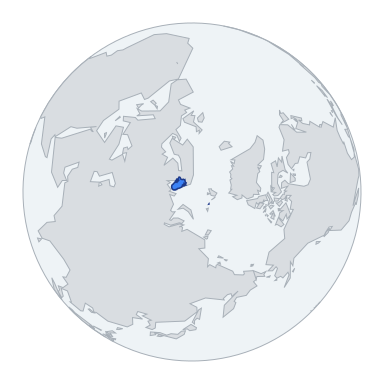 Murmansk highlighted on a globe, orthographic projection, rotated 122°
{"feature_id": "RUS-2333", "entity_name": "Murmansk", "entity_type": "Region", "adm_level": 1, "iso_a3": "RUS", "parent_name": "Russia", "parent_adm1": "", "projection": "orthographic", "projection_center": [34.347, 73.115], "detail": "fine", "context": "on_globe", "style": "filled", "palette": "blue", "viewbox_px": 384, "rotation_deg": 122, "n_neighbors": 0, "source": "natural_earth", "source_scale": "10m", "svg_char_len": 14468}
<svg xmlns="http://www.w3.org/2000/svg" viewBox="0 0 384 384"><g transform="rotate(122 192 192)"><circle cx="192" cy="192" r="169" fill="#eef3f6" stroke="#a8b0b8"/><path d="M41.1,116.0L47.9,103.9L52.3,97.7L84.3,62.8L89.6,59.1L92.6,58.2L118.3,48.2L100.2,52.8L107.4,49.0L115.9,46.0L114.5,47.5L124.7,46.0L133.2,43.6L145.3,45.4L151.7,54.8L146.9,54.8L149.0,57.2L155.1,57.4L158.6,57.0L174.1,66.7L194.1,70.5L201.1,67.4L199.0,71.6L212.9,63.1L224.2,63.2L210.9,65.8L209.2,68.1L216.7,69.4L216.5,72.1L220.0,74.3L219.2,77.5L211.5,79.0L210.8,81.1L216.1,81.9L218.6,85.7L210.9,84.2L214.4,90.8L202.2,94.8L182.3,88.7L175.0,94.2L153.1,96.9L154.6,99.6L147.2,102.5L146.2,106.8L142.4,106.2L144.8,110.1L148.5,109.9L150.7,111.5L150.5,114.1L145.6,113.7L145.0,112.4L143.5,113.6L141.2,112.4L142.1,114.5L136.3,113.8L141.6,118.2L136.5,120.9L132.8,119.5L133.9,114.7L127.8,100.1L124.3,97.4L118.3,98.4L105.7,110.3L101.6,109.6L95.5,112.1L97.4,114.7L102.9,113.7L105.0,119.3L111.4,117.5L113.1,119.6L119.5,119.9L117.7,125.1L112.7,130.2L107.3,130.3L104.9,132.6L109.4,136.9L98.9,141.6L91.0,152.5L88.3,153.2L84.3,146.4L85.8,135.0L80.6,126.7L83.2,137.6L76.5,139.4L75.1,142.1L75.0,145.3L77.2,146.8L74.8,148.6L71.3,138.4L73.4,136.6L74.5,139.8L75.2,134.5L72.8,127.9L69.6,129.5L69.4,118.4L67.1,119.4L65.8,117.7L69.4,116.7L62.9,118.3L62.1,106.6L53.1,109.9L62.8,101.6L66.8,95.9L70.8,89.3L69.3,89.6L76.7,80.8L80.0,73.9L76.3,72.9L69.9,77.3L62.3,86.7L62.2,88.6L57.9,95.6L56.1,93.2L47.8,106.4L45.8,107.7L42.7,112.9L39.7,119.2L36.2,126.9L35.5,130.2L33.5,137.6L31.7,140.1L31.9,142.7L29.9,148.5L27.0,165.6L26.7,164.8L24.0,182.7L24.0,200.6L23.9,206.5L23.7,205.8L24.3,212.0L24.4,213.0L29.5,238.1L34.4,252.8L34.6,253.3L30.6,242.1L27.5,230.7L25.2,219.0L23.7,207.2L23.1,195.4L23.3,183.5L24.3,171.7L26.1,160.0L28.8,148.4L32.2,137.1L36.5,126.0L37.6,123.6L39.4,119.7L40.3,117.6L41.1,116.0ZM219.9,25.5L220.1,25.7L217.3,25.2L219.9,25.5ZM222.0,26.2L221.5,26.1L222.3,26.3L222.0,26.2ZM223.7,26.6L222.5,26.3L223.9,26.6L223.7,26.6ZM226.0,27.1L224.7,26.8L224.9,26.9L226.0,27.1ZM51.1,110.0L41.7,126.8L44.8,118.1L44.6,119.5L47.5,115.0L52.0,107.4L55.3,100.2L51.1,110.0ZM229.4,28.0L230.3,28.3L229.1,28.0L229.4,28.0ZM52.1,115.5L53.5,112.7L52.4,115.3L52.1,115.5ZM160.2,56.4L155.3,57.1L149.8,56.0L154.0,55.0L160.2,56.4ZM170.6,59.2L168.2,60.3L166.1,57.2L168.1,57.6L170.6,59.2ZM206.2,64.7L202.2,64.5L206.2,63.8L206.2,64.7ZM220.7,74.1L221.9,73.3L223.2,74.8L220.7,74.1ZM120.0,117.0L119.7,118.4L118.7,117.6L120.0,117.0ZM123.0,115.8L122.0,113.8L123.2,113.0L123.8,114.2L123.0,115.8ZM223.1,81.1L224.8,83.8L221.7,81.3L223.1,81.1ZM123.9,118.4L125.6,111.8L127.9,110.4L132.0,113.8L123.9,118.4ZM225.0,85.6L229.3,92.2L232.3,91.1L226.2,98.3L224.6,90.1L220.2,87.2L223.8,87.4L225.0,85.6ZM149.7,108.7L145.8,109.1L149.3,106.4L149.7,108.7ZM151.4,106.6L158.9,96.3L164.5,97.1L160.9,100.3L168.4,99.6L167.4,105.0L163.1,106.6L159.6,105.0L161.9,108.3L151.4,106.6ZM222.2,101.3L222.1,103.2L220.7,101.5L222.2,101.3ZM151.9,112.0L152.9,109.8L157.9,110.3L156.7,114.8L155.5,113.2L151.9,112.0ZM170.8,96.8L174.3,98.0L174.4,102.7L175.8,103.8L167.9,105.2L170.8,96.8ZM154.2,114.4L156.0,117.1L153.5,119.2L151.3,114.2L154.2,114.4ZM159.6,108.6L161.9,109.0L160.3,110.2L159.6,108.6ZM145.3,128.3L146.4,125.6L149.1,125.6L145.3,128.3ZM156.9,117.9L157.8,117.2L158.9,116.9L159.5,119.1L156.9,117.9ZM168.5,108.4L167.9,110.2L171.8,108.1L172.1,111.6L166.7,111.9L169.2,113.3L169.3,114.4L164.8,113.4L168.5,108.4ZM163.7,120.5L157.0,122.3L154.4,127.3L151.9,127.4L156.6,119.3L163.7,120.5ZM164.7,116.4L163.5,119.0L161.1,117.8L160.4,115.3L164.7,116.4ZM174.2,113.9L175.2,108.5L176.3,108.6L174.2,113.9ZM163.4,122.2L165.0,121.8L163.5,122.7L163.4,122.2ZM171.4,116.7L171.6,114.8L172.9,115.0L171.4,116.7ZM168.1,122.6L166.0,123.1L165.4,121.4L168.1,122.6ZM170.0,120.1L171.8,120.8L166.5,120.5L169.9,119.2L170.0,120.1ZM172.6,117.2L173.5,116.7L172.4,118.0L172.6,117.2ZM171.4,128.8L165.0,128.7L163.8,124.9L170.2,125.5L171.4,128.8ZM130.3,349.3L133.6,350.1L131.8,348.5L119.1,338.8L121.9,336.2L118.6,332.9L111.7,330.1L108.0,325.8L103.9,323.5L78.6,307.5L71.2,297.5L63.3,275.8L68.1,274.5L69.6,267.5L103.4,263.4L109.8,270.0L135.6,278.9L138.7,281.3L134.9,287.5L153.6,302.0L160.5,297.8L178.3,305.0L190.6,305.4L196.3,292.4L176.2,291.5L173.4,284.4L190.2,279.3L207.9,279.5L207.4,276.8L196.8,270.9L201.5,265.3L193.3,268.3L196.1,271.3L191.0,273.3L188.1,270.7L189.9,268.8L184.7,267.3L177.5,277.0L179.7,281.1L165.8,281.1L168.1,288.0L164.1,290.2L158.8,279.5L159.8,276.0L149.3,262.1L147.0,265.7L156.7,279.2L153.4,277.5L150.3,282.8L150.0,277.5L140.1,262.0L128.0,259.5L111.4,266.9L104.6,263.9L99.4,256.8L106.6,243.9L121.1,252.3L123.8,248.1L121.9,238.2L126.4,241.6L127.4,238.7L133.0,241.3L141.8,237.1L147.6,238.7L152.1,229.8L155.6,229.5L152.0,234.8L152.6,239.5L167.1,243.1L170.2,241.6L171.9,235.6L175.7,237.4L175.5,231.1L184.3,229.9L173.4,226.2L175.1,219.3L180.9,214.7L179.5,211.8L170.0,219.4L168.0,223.0L169.4,227.1L162.2,236.8L157.0,237.2L157.1,224.8L149.7,224.0L153.1,214.9L176.8,199.8L186.1,197.4L199.6,208.2L196.8,212.8L190.6,211.1L195.5,219.1L195.5,215.3L198.6,217.0L201.1,210.9L203.4,211.8L201.8,204.6L204.9,205.0L205.9,209.6L212.2,201.2L219.0,200.4L219.3,198.1L217.7,195.9L227.4,196.4L227.2,194.7L223.9,193.9L221.4,190.0L220.7,183.4L224.1,183.9L224.8,186.4L231.4,192.4L232.8,199.0L234.1,198.5L233.7,193.0L225.7,185.6L224.3,181.5L228.5,184.4L226.9,183.0L227.2,181.1L230.8,179.8L226.3,176.4L225.8,155.8L232.7,151.4L236.5,156.2L239.8,142.8L247.2,139.2L244.2,138.4L243.7,131.7L241.3,132.7L239.9,131.9L237.6,115.5L239.6,112.2L235.2,104.6L233.7,104.2L231.9,106.2L226.2,98.3L232.3,91.1L235.5,92.3L237.2,87.1L244.3,90.6L250.9,91.2L257.7,98.3L262.4,98.3L262.5,96.2L268.9,94.9L281.7,99.3L270.9,104.6L251.6,100.4L259.4,102.8L257.5,105.0L260.2,107.5L265.8,109.0L266.5,107.5L274.7,124.4L287.8,134.5L287.2,126.8L290.9,124.2L305.3,129.7L321.7,153.7L326.8,151.1L329.8,152.9L331.3,159.3L327.0,156.9L324.9,160.9L322.3,158.6L323.3,168.4L319.5,165.6L322.1,174.7L325.5,174.3L326.0,166.6L330.0,175.9L335.6,172.1L340.7,175.4L346.1,194.9L344.9,209.4L345.8,211.4L343.0,214.8L342.8,223.6L350.7,221.3L351.7,223.4L349.8,237.2L349.1,236.1L341.9,245.2L343.0,251.9L348.6,246.0L350.6,246.5L347.4,252.6L345.1,252.5L342.4,255.6L341.4,250.7L335.8,248.4L332.4,256.5L331.0,253.5L322.8,254.1L316.9,265.3L308.8,286.6L310.6,294.6L306.5,301.9L294.6,298.9L289.5,292.3L285.1,296.5L272.9,294.7L251.6,304.7L248.7,302.9L244.6,305.8L236.1,305.6L231.7,301.9L226.5,303.6L238.3,312.9L243.9,310.9L248.7,304.4L251.0,308.1L259.2,308.4L249.6,321.7L218.2,337.0L215.4,331.0L192.7,311.6L193.6,308.8L193.5,308.5L193.2,308.0L190.9,312.4L187.1,307.7L198.9,323.4L200.8,329.3L217.7,337.4L216.1,338.6L221.6,339.6L239.7,333.2L239.7,335.1L231.0,345.2L206.3,356.6L209.7,359.1L208.2,360.2L205.3,360.4L192.6,361.0L179.9,360.5L167.2,359.1L154.7,356.8L142.4,353.5L130.3,349.3ZM91.0,271.9L89.9,273.9L91.0,271.9ZM226.3,285.9L237.1,283.7L232.7,275.8L236.5,274.3L233.6,272.2L232.3,275.2L225.3,269.0L230.1,264.9L229.0,260.9L225.4,261.5L217.7,270.0L227.6,278.9L225.0,283.2L226.3,285.9ZM26.9,166.2L26.4,168.7L26.7,165.9L26.9,166.2ZM44.0,117.6L42.6,120.9L41.4,122.9L42.3,120.5L44.0,117.6ZM35.0,146.0L33.9,150.1L34.5,146.1L35.0,146.0ZM40.5,129.5L35.8,142.7L37.0,135.3L40.2,127.1L38.7,132.3L40.5,129.5ZM50.3,114.7L49.2,116.9L48.7,116.5L50.3,114.7ZM51.3,117.4L51.5,116.6L52.6,115.4L51.3,117.4ZM76.7,140.0L76.9,140.9L76.3,144.1L75.5,142.6L76.7,140.0ZM80.1,158.7L76.1,161.3L78.4,158.4L76.5,156.7L79.0,148.5L87.1,153.1L83.0,152.4L80.1,158.7ZM84.5,139.0L82.0,143.6L84.4,138.4L84.5,139.0ZM127.5,220.5L129.0,223.8L126.4,226.6L119.0,224.9L122.8,220.9L127.5,220.5ZM131.8,227.9L134.0,216.3L138.6,217.0L135.7,218.5L138.5,220.2L134.5,223.1L136.8,235.3L134.6,238.6L122.2,233.5L127.5,233.3L125.7,230.0L131.8,227.9ZM131.4,186.7L132.4,182.0L141.2,189.5L139.2,193.0L131.8,191.5L129.7,186.4L131.4,186.7ZM130.9,125.9L130.8,123.9L132.1,124.0L133.4,125.7L130.9,125.9ZM145.6,127.0L133.1,134.9L132.3,132.9L126.0,140.0L121.3,137.7L125.6,133.1L117.3,136.8L119.2,131.7L113.8,134.8L123.7,124.9L125.2,120.7L125.4,126.3L129.6,128.5L131.9,128.2L139.4,124.1L144.5,116.2L149.5,117.3L151.7,120.1L151.3,122.2L148.1,120.8L149.7,124.6L144.9,124.2L145.6,127.0ZM174.4,155.0L171.0,152.2L173.4,160.3L168.6,159.7L169.2,160.7L165.3,162.4L161.7,166.2L159.6,165.2L159.1,167.1L156.5,168.3L155.1,170.7L150.9,169.7L148.8,172.5L148.0,170.4L145.6,175.6L145.5,171.3L142.1,172.6L144.0,176.0L124.5,165.7L116.4,164.9L109.7,166.6L110.4,159.3L117.1,153.1L126.5,148.6L134.2,150.5L133.1,147.0L136.5,146.8L135.9,149.7L138.8,145.3L141.4,146.0L149.8,142.4L152.3,135.7L155.4,134.3L155.8,137.3L158.6,133.8L161.4,138.6L163.7,137.7L168.7,141.6L168.0,148.0L170.6,146.5L174.5,149.5L174.4,155.0ZM172.7,130.0L173.0,137.6L170.4,141.1L162.8,132.9L160.4,133.0L155.4,128.1L159.2,123.2L160.2,125.1L162.2,125.8L160.2,127.0L163.2,126.5L164.8,129.1L167.5,129.4L166.9,131.8L172.7,130.0ZM142.7,279.8L145.2,281.0L149.2,281.8L147.3,285.2L142.7,279.8ZM135.7,269.4L138.0,269.8L137.3,274.9L134.7,273.7L135.7,269.4ZM139.9,265.7L138.2,269.4L137.6,266.7L139.9,265.7ZM154.2,234.8L156.7,234.9L156.8,236.4L155.1,238.2L154.2,234.8ZM180.6,179.5L179.0,177.2L179.9,176.4L179.7,170.3L183.3,170.3L184.8,174.0L180.6,179.5ZM192.6,294.7L188.7,297.2L187.0,296.0L188.6,295.4L192.6,294.7ZM166.7,292.4L172.3,294.9L166.1,293.3L166.7,292.4ZM184.5,178.5L184.0,175.9L186.1,177.6L184.5,178.5ZM185.9,170.1L188.5,171.4L183.7,169.6L185.9,170.1ZM220.2,358.6L220.5,358.5L229.8,356.6L234.3,355.1L237.3,354.7L236.1,355.1L220.2,358.6ZM351.1,248.9L347.4,257.4L339.0,265.5L342.1,260.3L350.3,248.6L349.8,250.3L352.2,245.1L351.5,247.7L351.1,248.9ZM357.1,228.0L356.8,229.3L355.6,233.9L354.9,234.6L355.3,231.2L356.4,227.3L358.4,206.2L359.5,201.9L359.4,209.0L360.2,206.3L359.3,215.2L359.2,216.4L357.1,228.0ZM311.4,294.7L315.4,295.4L312.9,298.6L311.4,294.7ZM357.6,195.9L357.9,204.8L357.1,195.7L357.6,195.9ZM356.1,189.3L356.9,190.1L355.9,191.6L356.1,189.3ZM347.3,213.4L346.3,217.9L345.4,217.1L346.3,210.8L347.3,213.4ZM344.6,178.3L347.5,181.2L348.4,183.1L346.5,183.3L344.6,178.3ZM214.4,176.3L210.7,184.7L210.4,190.9L214.0,194.7L207.3,193.0L207.8,183.4L214.4,176.3ZM224.1,158.3L220.9,155.1L223.3,154.2L224.3,154.8L224.1,158.3ZM221.5,158.0L215.7,158.5L214.6,155.2L219.4,155.4L221.5,158.0ZM200.1,168.5L198.7,171.0L197.0,169.6L200.1,168.5ZM360.2,207.8L360.4,204.6L360.6,200.6L360.9,188.3L360.5,203.5L360.6,203.0L360.2,207.8ZM360.7,182.5L360.5,180.0L360.5,179.0L360.7,182.5ZM360.1,184.3L359.4,187.4L359.5,192.6L358.5,180.7L359.5,179.7L360.1,184.3ZM358.2,184.3L358.4,189.2L357.7,183.2L358.2,184.3ZM358.0,189.6L357.2,188.7L357.5,185.5L358.0,189.6ZM358.3,182.1L356.9,178.9L357.8,178.6L358.3,182.1ZM354.9,186.9L356.9,182.1L355.7,190.4L351.9,186.1L352.1,182.1L354.9,186.9ZM332.6,145.0L330.4,144.5L329.6,140.5L331.3,142.0L332.6,145.0ZM324.9,127.5L328.6,139.4L331.3,149.1L332.2,147.1L335.9,151.4L332.7,153.1L328.2,144.6L326.8,137.6L323.3,134.7L320.2,128.6L315.7,127.2L313.2,124.0L316.9,123.2L324.9,127.5ZM313.7,126.9L304.8,122.7L304.7,116.3L306.7,115.8L310.8,120.4L310.6,123.5L313.7,126.9ZM302.6,119.9L302.3,122.8L288.4,123.9L285.5,122.5L296.0,118.1L296.3,120.8L299.7,121.7L302.6,119.9ZM223.9,103.0L222.2,103.1L223.3,101.8L223.9,103.0ZM238.6,132.6L236.7,131.2L238.1,129.6L238.6,132.6ZM232.4,126.5L232.2,129.2L231.0,126.1L232.4,126.5ZM231.9,135.5L231.4,130.2L233.9,135.5L231.9,135.5Z" fill="#d9dde1" stroke="#a8b0b8" stroke-width="1"/><path d="M185.7,204.2L185.8,204.1L186.0,203.9L186.3,203.8L186.5,203.7L186.7,203.3L186.8,203.1L187.1,203.0L187.2,202.9L187.4,202.9L187.6,202.7L187.7,202.4L187.8,202.3L187.8,202.2L187.7,202.1L187.8,202.1L188.0,202.4L188.3,202.5L188.4,202.4L188.5,202.3L188.5,202.0L188.5,201.9L188.4,201.8L188.4,201.6L188.6,201.7L188.7,201.8L188.8,201.8L189.0,201.9L189.0,202.0L188.9,202.1L189.1,202.0L189.4,202.0L189.3,201.9L189.3,201.6L189.5,201.6L189.6,201.8L189.7,201.7L189.6,201.4L189.6,201.2L189.9,201.5L190.0,201.5L190.2,201.8L190.4,201.8L190.5,201.8L190.8,202.0L190.7,202.1L190.7,202.3L190.0,202.2L189.8,202.2L189.8,201.9L189.7,201.9L189.7,202.0L189.7,202.3L189.9,202.4L190.0,202.4L190.0,202.5L189.8,202.8L190.0,202.7L190.3,202.6L190.5,202.7L190.4,202.8L190.5,202.7L190.5,203.0L190.4,203.2L190.5,203.2L190.9,202.8L191.0,202.8L191.0,203.0L190.9,203.3L191.1,203.3L190.9,203.4L191.0,203.4L191.0,203.5L190.9,203.8L190.6,203.9L190.6,204.0L190.6,203.9L190.8,203.9L191.0,203.8L191.1,203.7L191.2,203.4L191.2,203.2L191.4,203.1L191.5,203.2L192.1,203.2L192.1,203.3L192.3,203.3L192.7,203.4L192.6,203.5L192.8,203.5L193.0,203.5L192.9,203.4L193.0,203.3L193.7,203.6L193.8,203.7L194.0,203.8L194.3,204.0L194.5,204.1L194.8,204.4L195.0,204.5L195.3,204.8L195.6,204.9L195.9,205.2L196.0,205.3L196.1,205.5L196.3,205.6L196.4,205.9L196.5,205.9L196.8,206.0L196.5,205.8L196.8,205.9L197.0,206.0L197.4,206.3L197.5,206.4L197.7,206.6L197.9,206.7L198.1,206.6L198.0,206.4L197.9,206.3L198.0,206.3L198.2,206.6L198.3,206.7L198.4,206.9L198.6,207.0L198.7,207.3L198.8,207.4L199.0,207.2L199.1,207.3L199.2,207.5L199.3,207.4L199.4,207.5L199.5,207.7L199.5,207.8L199.5,208.0L199.7,208.3L199.7,208.7L199.7,208.8L199.9,208.9L200.0,208.9L200.0,209.1L200.0,209.3L200.1,209.5L199.9,210.1L199.7,210.5L199.5,210.8L199.5,211.0L199.3,211.1L199.2,211.3L199.0,211.5L198.9,211.6L198.8,211.8L198.4,212.0L198.1,212.1L198.0,212.3L197.6,212.4L197.0,212.6L196.3,212.5L196.1,212.5L195.9,212.5L195.8,212.4L195.7,212.3L195.5,212.2L195.0,212.0L194.8,212.0L194.7,212.0L194.4,212.0L193.7,211.9L193.4,211.8L193.2,211.7L192.6,211.2L192.3,211.3L192.2,211.4L192.0,211.1L191.8,211.0L191.8,210.9L191.7,211.0L191.8,210.9L191.8,210.7L191.7,210.8L191.4,210.8L191.3,210.7L191.2,210.6L191.1,210.8L190.6,210.4L190.3,210.0L190.2,209.9L190.4,209.7L190.2,209.7L189.8,209.6L189.4,209.5L189.2,209.4L189.1,209.5L189.4,209.6L189.5,209.6L189.7,209.8L189.6,209.7L189.7,209.8L189.8,209.8L189.9,210.0L189.7,210.1L189.9,210.2L189.8,210.3L190.1,210.5L190.3,210.6L190.2,210.7L190.4,210.9L190.6,210.9L190.8,211.0L190.6,211.0L190.4,211.1L189.9,211.2L189.9,211.4L189.9,211.5L189.7,211.5L189.6,211.8L189.1,211.8L189.0,211.7L189.0,211.4L188.8,211.3L188.8,211.2L188.7,210.9L188.2,210.8L186.2,210.9L186.1,210.7L185.9,210.2L186.0,209.8L186.4,209.1L186.5,209.0L186.5,208.9L187.0,208.3L187.1,208.1L187.1,207.9L186.8,207.4L186.5,206.6L185.8,206.2L185.6,205.3L185.6,205.2L186.0,204.6L186.1,204.3L186.0,204.2L185.7,204.2ZM191.6,203.0L191.9,202.9L192.1,203.1L191.7,203.1L191.6,203.0ZM190.5,211.2L190.9,211.2L191.0,211.3L190.6,211.2L190.6,211.3L190.5,211.2ZM193.1,171.3L193.2,171.2L193.3,171.3L193.2,171.3L193.1,171.3ZM189.7,209.6L189.8,209.6L189.7,209.6L189.7,209.6Z" fill="#3b82f6" stroke="#1e3a8a" stroke-width="1.5"/></g></svg>